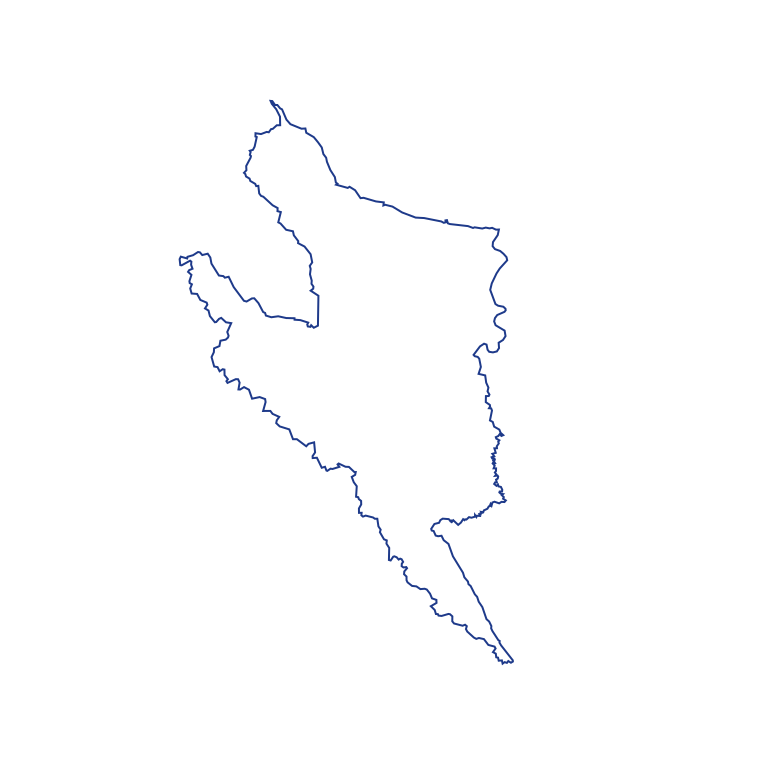 Na Yai Am, Chanthaburi, Thailand (Mercator projection), rotated 162°
{"feature_id": "78962969B31255089270993", "entity_name": "Na Yai Am", "entity_type": "district", "adm_level": 2, "iso_a3": "THA", "parent_name": "Thailand", "parent_adm1": "Chanthaburi", "projection": "mercator", "projection_center": [101.878, 12.754], "detail": "fine", "context": "isolated", "style": "outline", "palette": "blue", "viewbox_px": 768, "rotation_deg": 162, "n_neighbors": 0, "source": "geoboundaries", "source_scale": "gbopen_adm2", "svg_char_len": 6151}
<svg xmlns="http://www.w3.org/2000/svg" viewBox="0 0 768 768"><g transform="rotate(162 384 384)"><path d="M305.9,234.5L304.1,235.6L306.2,238.1L305.0,239.4L306.3,241.8L304.8,242.5L306.8,243.5L307.8,245.2L307.2,246.0L304.9,245.3L304.2,246.9L304.6,250.0L306.7,251.2L306.7,253.1L308.5,252.4L310.1,254.9L308.7,256.1L307.1,255.5L307.0,258.4L305.1,258.9L304.0,260.7L304.3,261.8L306.7,262.3L305.1,263.4L305.9,265.6L304.4,266.6L303.5,269.1L305.8,269.9L304.0,272.1L305.2,274.9L304.6,275.4L304.1,274.1L302.8,274.2L303.9,277.7L303.4,278.2L302.6,277.1L301.9,278.0L302.0,278.9L304.1,279.8L304.3,281.1L301.5,281.2L302.5,284.1L299.0,284.0L298.9,288.7L296.4,288.0L296.0,289.9L293.2,292.0L293.2,293.8L291.7,294.8L294.1,297.4L294.1,298.9L291.4,299.2L289.3,300.7L288.4,298.3L286.4,298.5L288.2,301.6L288.4,305.0L292.4,309.4L292.3,314.3L294.5,316.6L289.5,325.4L289.6,327.7L291.6,328.5L290.0,329.9L289.8,331.4L292.8,335.3L290.8,341.0L288.1,340.2L287.0,341.3L287.8,345.0L285.8,348.3L286.4,353.7L285.1,360.9L290.9,364.4L286.6,370.3L285.6,378.6L286.5,380.8L289.1,382.4L289.8,384.0L281.1,390.1L276.4,391.4L274.3,389.8L274.9,384.6L274.0,382.1L270.6,380.4L266.6,380.1L263.5,382.6L262.2,387.8L257.2,389.1L253.6,392.0L252.8,397.5L259.7,405.4L259.9,409.5L258.1,412.4L255.0,414.6L247.1,415.4L245.5,416.5L245.2,418.0L246.6,420.6L251.3,423.2L253.3,425.6L253.9,440.7L250.4,446.4L242.8,454.4L238.2,458.1L228.6,463.6L228.3,466.8L230.1,470.9L232.4,474.6L236.8,478.0L238.1,481.5L236.5,485.3L229.8,490.5L227.0,495.4L229.8,496.2L232.9,499.1L235.5,499.4L238.9,501.3L242.5,501.5L249.4,505.0L251.1,504.9L255.3,508.2L272.0,515.8L273.6,517.1L273.5,520.4L275.0,520.6L275.4,518.7L277.3,518.8L279.3,520.9L294.5,529.4L302.5,532.5L313.7,541.5L321.1,550.1L327.5,554.1L329.4,554.0L328.1,556.8L335.2,560.1L345.9,567.4L348.9,568.0L351.6,577.2L355.8,582.2L357.9,581.7L367.9,588.3L366.4,588.9L367.5,590.5L366.8,596.0L368.9,604.0L369.6,613.0L369.1,617.1L370.6,621.4L370.1,628.2L372.1,634.4L374.5,640.5L380.3,647.0L379.8,651.3L383.6,652.3L392.7,660.0L395.1,665.6L396.1,676.7L397.6,678.2L399.2,682.3L401.4,683.0L402.8,687.6L404.4,688.3L404.1,685.1L401.6,678.6L400.3,670.4L402.8,662.2L406.0,663.2L411.0,661.0L412.6,661.3L415.8,659.0L417.7,660.0L423.7,659.7L428.7,662.2L429.8,659.1L428.7,658.2L433.7,649.7L436.3,647.2L439.6,647.3L439.2,645.8L440.8,643.3L440.1,641.9L441.0,640.4L447.7,633.9L448.8,629.8L451.9,628.1L451.0,626.5L451.1,624.0L448.4,620.9L448.4,618.4L444.6,614.1L444.4,611.7L442.3,611.3L443.8,603.8L442.8,600.9L440.9,599.4L434.7,588.4L430.8,584.2L431.9,581.3L429.0,579.4L434.6,570.4L432.8,568.6L429.4,560.9L423.4,557.4L423.8,553.2L421.4,546.4L422.2,544.5L417.1,539.3L413.7,530.1L414.7,521.8L418.1,519.3L418.2,516.1L420.5,511.2L420.8,504.6L422.0,501.7L421.0,498.4L421.9,496.5L424.9,495.4L419.1,488.2L428.8,459.9L433.4,459.2L435.1,462.4L436.3,461.1L438.7,462.3L438.6,464.3L437.1,465.8L443.8,470.6L449.2,472.8L448.8,474.2L456.5,476.9L463.7,481.1L470.5,482.3L475.2,485.6L475.1,488.3L476.7,489.8L478.4,499.7L480.9,505.6L483.2,506.2L489.2,504.9L491.5,506.4L497.0,522.6L498.6,534.0L502.5,534.3L503.4,536.2L507.5,538.2L510.9,551.8L510.1,558.0L511.4,562.4L517.0,562.8L518.4,566.1L520.1,567.0L525.8,565.5L531.6,565.7L532.4,564.2L537.9,567.9L539.8,565.9L541.0,560.0L539.8,559.4L530.3,561.2L529.4,559.9L530.6,557.0L530.5,552.8L534.1,552.5L535.7,551.2L533.4,547.3L537.3,541.9L537.6,540.0L535.9,538.2L538.8,534.7L539.0,529.5L533.9,527.4L532.7,520.7L527.5,516.2L527.5,514.0L530.9,511.2L528.2,508.1L528.6,502.4L525.8,495.0L524.4,494.8L520.8,496.9L518.4,497.2L515.2,491.5L510.5,489.1L517.0,481.9L516.9,477.9L518.0,476.4L520.8,475.1L526.2,475.7L528.8,470.9L534.6,470.4L536.0,466.8L539.7,462.9L540.1,453.1L537.1,451.5L536.4,446.9L532.8,447.9L531.3,447.0L532.9,441.7L531.0,436.8L533.0,435.4L532.5,433.4L523.4,434.4L521.3,433.6L520.9,429.9L524.1,423.8L522.6,423.2L518.1,424.3L514.2,420.3L514.0,410.8L506.3,410.0L501.7,406.4L502.2,403.4L507.3,395.7L500.4,393.5L499.2,390.0L493.8,385.1L497.2,382.6L498.6,380.1L496.3,375.9L488.1,370.1L487.6,359.6L483.9,358.4L477.2,348.8L474.3,350.4L468.5,350.1L470.7,340.2L474.2,337.5L474.7,335.6L470.6,334.6L469.1,323.6L465.7,323.5L465.5,319.5L464.8,318.9L461.0,320.0L459.3,319.1L452.1,319.0L453.0,321.9L451.7,322.4L446.2,317.2L443.0,316.0L439.4,309.4L438.1,309.0L439.5,306.5L443.4,305.6L443.1,299.9L441.5,295.2L445.4,285.4L443.5,284.3L443.5,282.3L441.9,279.9L442.9,276.5L446.3,273.4L447.6,269.2L445.1,268.4L446.1,266.1L445.0,264.4L442.1,264.5L435.6,260.4L434.4,258.7L432.0,257.9L433.3,250.3L432.2,246.5L433.7,244.3L432.0,236.3L429.7,234.4L431.0,231.4L429.7,226.5L433.7,215.1L432.2,214.1L428.6,216.9L427.4,216.9L425.5,215.3L424.3,212.5L422.6,212.9L421.4,211.9L420.8,208.9L422.6,207.6L423.5,205.3L422.2,203.5L419.4,203.0L419.0,201.7L422.6,199.5L423.7,196.9L422.1,193.9L423.2,190.4L422.9,188.1L419.7,183.3L415.7,181.5L412.8,177.7L408.6,176.7L406.8,175.3L405.0,170.3L404.6,165.3L400.9,162.5L401.7,159.6L408.1,158.2L405.6,153.4L405.7,149.2L403.9,148.5L403.7,146.9L400.9,145.6L393.8,145.4L392.4,144.7L390.8,141.9L392.4,137.2L391.4,134.6L383.9,129.8L381.3,130.0L380.1,128.1L381.8,125.6L381.3,122.8L376.9,115.1L375.0,113.1L372.2,113.1L367.8,110.5L365.4,103.6L360.0,100.1L359.6,98.0L363.2,95.3L361.0,93.0L361.7,89.4L360.1,88.5L360.4,85.4L357.3,84.7L357.6,81.4L355.2,82.2L353.3,80.8L351.4,82.1L349.4,79.7L347.2,80.2L346.9,81.4L353.4,99.2L354.1,102.3L353.4,103.9L354.4,105.0L357.2,115.4L357.6,118.5L356.7,120.6L357.4,125.6L359.2,128.7L359.4,141.4L361.2,147.7L361.2,152.8L362.6,155.9L364.0,165.1L365.5,167.5L365.2,170.2L367.3,175.3L367.2,180.1L371.7,198.8L372.1,212.0L375.5,217.0L376.2,221.9L379.6,222.5L381.7,223.9L382.2,228.8L383.9,229.9L383.9,231.6L379.3,235.3L374.5,235.0L372.5,237.1L369.8,237.8L364.2,235.5L363.4,233.7L362.4,233.4L363.1,232.7L362.3,231.7L360.2,233.0L357.0,227.1L353.7,228.4L350.5,231.0L349.5,229.6L348.6,230.2L347.5,229.6L344.3,231.1L342.1,229.8L338.4,229.7L337.9,231.2L337.2,229.0L336.4,230.0L333.6,228.9L333.6,230.7L332.4,230.2L332.2,231.3L330.7,231.2L331.0,232.3L329.2,231.4L328.1,232.9L324.2,233.4L322.2,235.2L320.3,235.1L320.7,235.8L319.7,237.0L319.3,235.1L317.5,237.8L315.3,237.9L311.3,234.9L308.7,235.6L305.9,234.5Z" fill="none" stroke="#1e3a8a" stroke-width="2"/></g></svg>